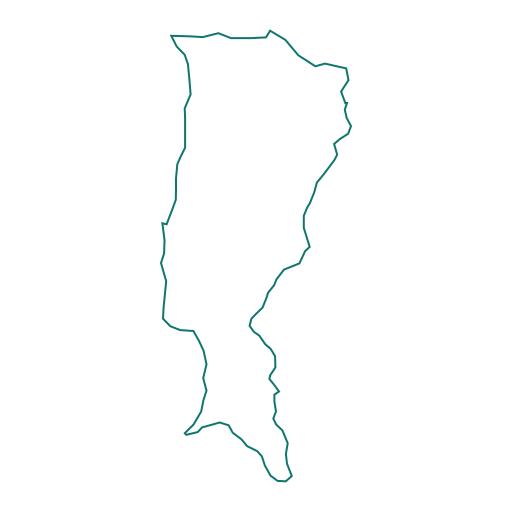 the district of Limnatis, Limassol, Cyprus
{"feature_id": "46923920B10034755231280", "entity_name": "Limnatis", "entity_type": "district", "adm_level": 2, "iso_a3": "CYP", "parent_name": "Cyprus", "parent_adm1": "Limassol", "projection": "robinson", "projection_center": [32.947, 34.792], "detail": "fine", "context": "isolated", "style": "outline", "palette": "teal", "viewbox_px": 512, "rotation_deg": 0, "n_neighbors": 0, "source": "geoboundaries", "source_scale": "gbopen_adm2", "svg_char_len": 1521}
<svg xmlns="http://www.w3.org/2000/svg" viewBox="0 0 512 512"><path d="M171.3,35.8L176.7,46.5L184.7,54.8L187.9,64.0L189.4,79.3L190.6,94.5L184.7,108.4L185.1,117.6L185.1,134.2L185.1,147.7L180.4,157.2L177.3,164.3L176.0,178.4L176.0,190.0L175.8,199.8L172.1,209.9L166.6,224.3L162.4,223.3L164.5,240.0L164.1,253.4L161.0,263.0L166.2,281.2L163.6,307.5L163.0,318.7L170.3,326.2L180.1,330.1L193.4,331.0L199.0,340.9L203.6,350.8L206.5,364.4L203.2,378.1L206.5,390.6L203.4,400.3L201.2,411.5L193.6,424.5L184.8,433.2L186.3,434.8L197.7,432.1L202.1,427.4L211.2,424.9L219.6,422.5L228.7,425.3L232.7,432.7L241.5,439.4L247.2,446.2L257.3,451.2L261.9,456.4L264.9,465.6L270.5,475.6L277.3,480.7L277.6,480.9L285.8,481.3L291.8,476.0L287.0,463.7L285.9,454.0L287.7,443.2L282.4,430.4L276.1,424.4L273.3,418.6L275.6,412.4L276.0,411.5L274.4,401.7L274.4,394.6L279.0,391.5L273.8,384.4L269.4,379.0L270.1,375.4L275.4,367.5L275.1,356.2L270.6,348.8L265.3,344.3L259.2,335.5L253.9,331.9L249.6,325.8L251.4,318.7L255.9,314.0L262.6,307.5L266.4,298.0L268.1,292.7L274.2,285.1L276.5,279.3L284.0,269.6L299.4,263.4L305.2,251.0L309.7,246.9L303.8,227.9L303.8,215.8L307.2,207.5L309.9,203.1L314.1,192.7L316.9,182.5L323.3,174.8L334.1,160.5L337.2,154.7L334.1,144.0L339.5,139.3L348.2,133.7L351.0,126.1L346.6,117.8L344.8,109.6L347.0,103.0L345.3,103.0L341.1,91.5L348.5,80.1L346.2,68.4L324.9,63.6L315.4,66.3L298.3,55.3L285.4,39.9L270.1,30.7L266.0,37.4L251.1,38.1L230.9,38.1L218.4,33.2L202.8,37.1L191.1,36.4L178.4,36.0L171.3,35.8Z" fill="none" stroke="#0f766e" stroke-width="2"/></svg>